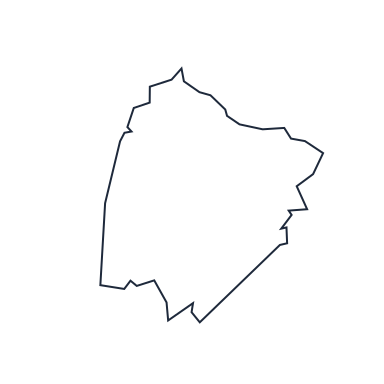 Harrison, Kentucky, United States of America, rotated 144°
{"feature_id": "52423323B26576691311255", "entity_name": "Harrison", "entity_type": "district", "adm_level": 2, "iso_a3": "USA", "parent_name": "United States of America", "parent_adm1": "Kentucky", "projection": "orthographic", "projection_center": [-84.363, 38.43], "detail": "fine", "context": "isolated", "style": "outline", "palette": "slate", "viewbox_px": 384, "rotation_deg": 144, "n_neighbors": 0, "source": "geoboundaries", "source_scale": "gbopen_adm2", "svg_char_len": 648}
<svg xmlns="http://www.w3.org/2000/svg" viewBox="0 0 384 384"><g transform="rotate(144 192 192)"><path d="M109.0,110.4L103.9,135.1L83.5,135.3L63.1,146.4L70.7,166.8L80.5,177.0L79.7,189.6L98.0,201.2L113.8,218.8L118.9,233.0L116.6,239.2L120.2,259.4L127.3,268.4L133.5,286.3L127.9,298.1L142.5,294.9L164.2,302.0L173.7,289.2L189.7,294.2L206.1,282.5L205.4,276.5L211.8,279.6L220.4,275.3L268.9,234.0L320.9,170.5L303.8,153.4L293.9,156.4L291.9,148.5L274.5,142.7L277.5,117.6L286.8,102.1L256.5,101.5L263.0,95.0L262.3,82.0L152.0,97.5L145.2,94.6L136.4,107.8L141.3,109.9L124.9,114.9L124.7,120.1L109.0,110.4Z" fill="none" stroke="#1e293b" stroke-width="2"/></g></svg>